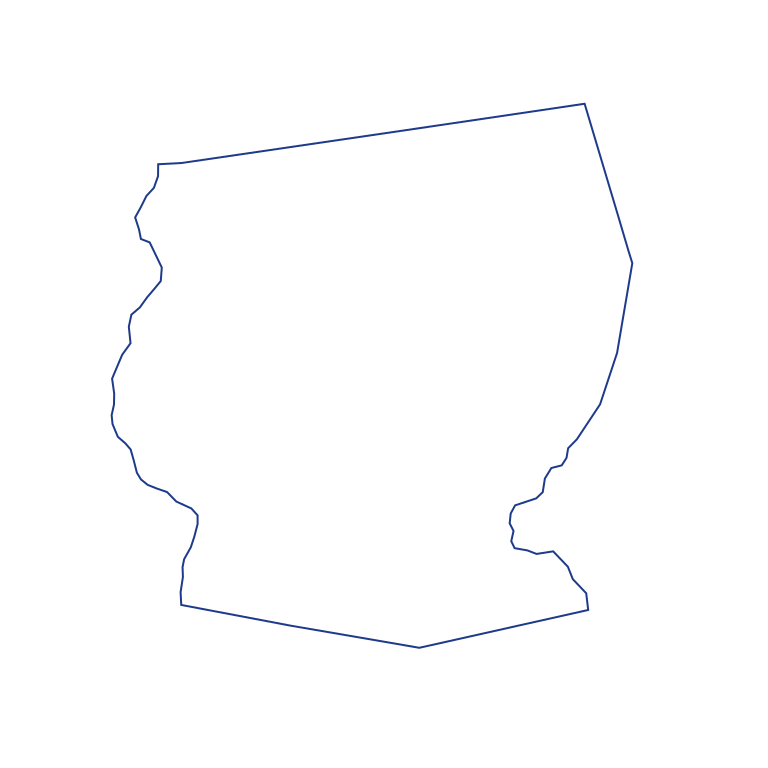 Ipanguaçu, Rio Grande do Norte, Brazil, rotated 344°
{"feature_id": "56859067B33594898664345", "entity_name": "Ipanguaçu", "entity_type": "district", "adm_level": 2, "iso_a3": "BRA", "parent_name": "Brazil", "parent_adm1": "Rio Grande do Norte", "projection": "mercator", "projection_center": [-36.832, -5.544], "detail": "fine", "context": "isolated", "style": "outline", "palette": "blue", "viewbox_px": 768, "rotation_deg": 344, "n_neighbors": 0, "source": "geoboundaries", "source_scale": "gbopen_adm2", "svg_char_len": 1078}
<svg xmlns="http://www.w3.org/2000/svg" viewBox="0 0 768 768"><g transform="rotate(344 384 384)"><path d="M128.2,540.5L227.3,590.4L345.2,647.3L518.0,657.5L520.7,640.9L511.7,623.6L510.4,610.4L500.5,591.5L483.8,589.4L476.0,583.5L464.3,577.8L463.0,570.2L468.0,561.0L466.4,552.6L470.1,543.4L476.6,536.8L498.8,535.9L506.8,531.7L512.6,519.2L521.7,510.9L532.4,511.2L539.1,505.3L543.3,496.5L554.2,490.3L586.1,463.1L616.6,418.4L656.0,336.3L655.7,323.8L655.4,287.4L654.1,169.9L506.3,150.2L498.0,149.1L249.9,115.7L227.5,110.5L224.1,121.9L216.9,132.0L207.4,137.8L198.6,147.4L190.7,155.3L191.1,167.8L190.3,177.6L197.8,183.3L202.5,210.8L197.8,223.5L188.2,230.1L180.3,235.3L170.4,243.1L160.3,247.7L154.5,258.6L151.6,274.9L140.4,283.7L124.1,303.9L122.0,318.9L118.8,329.3L113.6,338.9L112.0,347.7L113.6,361.4L119.1,369.9L122.4,377.1L122.4,387.8L122.0,401.2L124.1,408.8L129.0,415.8L136.6,421.7L145.7,428.1L152.0,439.8L164.5,450.5L168.6,458.9L166.2,467.3L159.5,478.6L153.3,487.7L143.6,497.3L139.9,504.5L137.5,514.1L131.1,528.0L128.2,540.5Z" fill="none" stroke="#1e3a8a" stroke-width="2"/></g></svg>